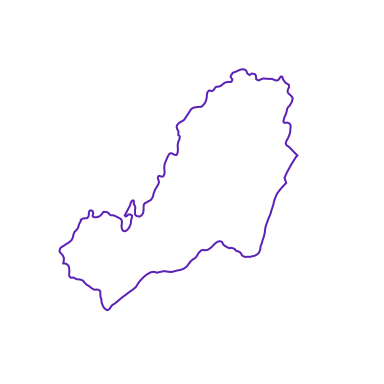 Miory, Vitebsk, Belarus (Robinson projection), rotated 119°
{"feature_id": "67162791B84307245476990", "entity_name": "Miory", "entity_type": "district", "adm_level": 2, "iso_a3": "BLR", "parent_name": "Belarus", "parent_adm1": "Vitebsk", "projection": "robinson", "projection_center": [27.827, 55.577], "detail": "fine", "context": "isolated", "style": "outline", "palette": "violet", "viewbox_px": 384, "rotation_deg": 119, "n_neighbors": 0, "source": "geoboundaries", "source_scale": "gbopen_adm2", "svg_char_len": 5939}
<svg xmlns="http://www.w3.org/2000/svg" viewBox="0 0 384 384"><g transform="rotate(119 192 192)"><path d="M68.0,214.2L69.3,214.2L70.7,214.4L72.2,214.3L72.9,213.5L73.5,212.5L73.7,211.5L74.7,211.0L75.9,211.0L76.6,211.0L77.2,211.9L78.0,213.4L78.5,214.3L79.8,215.7L81.1,216.5L82.1,217.1L84.0,217.8L85.4,218.4L86.9,219.8L87.6,220.9L88.5,222.0L89.4,222.3L91.1,222.4L92.7,222.6L93.8,223.3L94.3,224.0L94.5,224.9L94.7,225.9L95.2,226.4L97.0,226.8L98.8,226.5L100.1,225.9L101.4,225.3L102.9,224.7L105.9,223.9L107.0,223.8L108.8,224.0L111.7,224.6L113.2,225.4L113.9,226.8L115.0,228.3L116.0,229.8L116.8,230.8L117.6,231.5L118.8,232.4L120.7,233.0L122.5,233.1L125.1,233.2L127.1,233.4L128.5,233.5L130.6,233.7L133.1,234.0L134.7,234.8L135.8,235.7L137.0,236.4L138.8,237.1L141.0,237.5L142.2,237.1L143.2,236.5L144.2,235.3L145.0,234.1L145.9,233.0L147.8,232.2L148.9,231.4L148.9,230.4L149.4,229.6L150.6,229.0L152.0,228.6L153.4,228.5L155.3,228.2L156.4,227.8L158.0,227.2L159.4,226.5L160.5,225.5L161.9,224.9L163.2,224.2L164.2,223.7L165.8,223.5L167.1,223.5L167.5,224.0L168.0,225.7L168.0,227.1L168.1,228.9L168.9,229.9L170.1,230.4L173.0,230.4L175.9,230.1L179.1,229.7L180.7,229.5L183.1,228.6L185.3,227.4L186.3,226.7L187.7,225.7L188.7,225.2L190.4,224.7L192.3,224.8L193.0,225.5L193.5,226.6L193.6,228.3L194.4,229.0L195.8,228.9L197.0,228.1L197.9,227.0L199.2,225.8L200.8,225.3L202.2,225.2L205.0,225.3L207.9,225.4L209.9,225.1L212.2,224.8L214.1,224.1L216.4,223.9L218.7,224.1L220.2,224.9L221.3,225.7L222.9,226.4L223.7,227.1L224.5,227.7L225.8,228.0L226.9,227.9L228.9,226.9L230.1,226.2L231.8,225.4L233.6,224.7L235.2,224.6L236.9,224.8L238.9,225.9L239.4,227.2L239.8,229.0L239.7,229.9L239.0,231.3L238.1,231.6L236.8,232.3L235.2,233.2L234.0,233.6L232.6,234.4L231.7,235.4L231.1,236.6L230.5,237.3L229.2,237.9L228.3,238.3L228.0,238.7L227.9,239.6L228.0,239.7L228.9,240.3L230.5,240.4L231.8,240.3L233.0,239.8L235.5,239.6L237.4,239.6L240.1,239.5L241.7,239.5L243.7,239.5L245.0,239.5L245.6,238.4L244.9,237.5L242.6,236.8L241.8,235.6L241.6,234.2L241.8,232.9L243.8,232.1L245.1,231.9L247.3,231.2L248.7,230.4L250.3,230.0L252.2,229.8L254.8,229.8L257.8,230.8L258.9,231.7L259.3,233.3L258.8,234.6L257.4,236.1L255.8,237.2L253.8,238.0L252.3,238.7L251.1,239.5L250.1,241.1L250.1,242.8L250.1,244.5L250.3,248.3L250.7,249.9L251.6,251.6L251.7,253.2L250.9,254.7L250.9,255.8L251.0,257.1L251.7,258.7L252.4,259.8L254.8,260.1L256.6,260.5L258.0,261.1L259.4,262.2L260.7,263.7L261.4,265.2L261.6,266.6L261.0,267.4L258.6,268.0L258.1,268.4L257.0,269.6L256.8,270.7L257.4,272.1L259.0,272.5L260.3,272.1L261.5,271.4L263.3,270.7L265.5,271.0L266.6,272.2L267.1,273.2L267.6,274.0L268.3,274.6L269.5,275.4L270.2,275.8L270.9,275.2L273.6,275.2L275.3,275.1L276.3,274.8L277.9,274.4L280.5,274.4L282.2,274.9L283.8,275.4L286.9,275.0L288.5,274.4L290.4,274.1L292.5,274.0L294.5,274.7L296.2,275.4L298.2,276.6L299.6,277.3L301.0,278.0L302.9,279.1L304.3,279.8L305.6,279.9L307.0,279.6L308.2,278.9L309.0,277.8L309.2,276.7L309.7,275.4L310.1,274.3L311.4,272.5L312.5,271.6L314.7,270.7L316.9,270.0L316.3,268.8L315.9,267.5L315.9,265.8L316.6,264.0L317.9,262.7L320.3,261.1L322.0,260.3L324.4,259.1L325.5,257.9L325.6,256.1L324.6,254.8L324.2,253.6L324.3,250.9L323.7,249.5L322.9,247.7L322.4,245.3L322.6,243.5L323.4,242.2L323.8,240.4L324.2,239.0L324.2,236.3L324.7,233.9L324.9,230.8L324.5,229.5L323.5,228.1L323.0,226.9L322.9,225.0L323.7,223.8L325.3,222.9L327.1,221.9L328.3,220.9L330.0,219.1L332.2,217.7L334.0,215.7L334.9,214.6L335.6,213.4L336.3,211.8L336.5,209.8L336.4,208.7L335.3,207.9L334.9,207.8L334.0,207.4L332.2,207.3L330.9,207.3L329.3,206.8L326.7,205.3L322.2,203.6L318.0,202.0L314.0,200.1L310.0,198.4L307.2,197.0L304.7,195.9L302.2,195.0L299.5,194.9L296.7,194.7L292.9,193.9L290.0,193.1L286.1,191.6L283.7,190.1L281.9,188.9L280.7,187.3L280.0,185.8L279.6,183.5L278.1,182.0L277.0,180.7L275.4,178.9L274.5,177.6L274.0,176.1L272.8,173.0L271.7,170.9L269.6,168.7L268.3,167.4L267.1,166.0L266.3,164.9L264.7,163.4L263.3,162.2L260.8,160.9L259.0,160.3L257.4,160.2L253.4,159.6L250.1,158.4L248.5,157.3L246.7,156.9L244.8,156.7L242.8,156.7L241.2,156.5L238.4,155.5L237.4,154.4L237.0,153.2L236.1,151.5L235.0,150.3L233.0,149.1L231.5,148.5L229.8,147.9L227.1,147.2L225.0,146.5L223.0,145.4L221.6,143.9L221.1,141.9L221.5,140.9L222.5,139.7L222.9,138.8L223.1,137.8L223.2,136.6L223.2,135.1L223.2,134.2L223.2,133.2L223.1,132.1L222.0,131.0L221.5,129.4L221.1,127.2L221.7,126.1L222.0,124.7L221.8,123.5L221.5,122.4L221.5,120.8L222.0,119.3L222.6,118.5L223.1,117.6L223.3,116.7L223.3,115.1L222.9,113.9L221.9,112.3L221.1,110.9L220.5,109.7L219.5,108.7L217.8,106.7L216.5,105.6L214.3,104.5L213.2,104.1L211.1,104.2L209.3,104.4L207.7,105.1L205.7,105.8L203.1,106.1L199.5,107.0L197.7,107.2L194.8,107.9L192.5,108.6L187.1,110.7L184.0,111.3L177.9,112.3L175.0,112.5L172.5,112.9L170.5,113.4L166.9,114.1L163.4,114.8L161.1,115.5L159.5,116.0L158.1,116.2L155.2,116.5L153.0,116.8L150.3,116.6L146.5,116.0L143.7,115.4L138.4,114.0L138.2,114.3L134.7,118.0L127.6,118.5L119.3,118.5L110.7,118.0L109.0,117.5L108.3,119.7L107.6,122.4L106.6,125.3L106.2,127.0L105.6,128.4L105.4,130.5L105.4,131.7L104.3,133.4L103.7,133.7L101.6,134.2L99.6,134.1L96.5,134.3L94.5,134.6L92.6,135.0L90.9,135.7L89.1,136.6L87.2,137.3L85.9,138.1L84.9,139.7L84.9,140.8L85.1,142.2L85.7,143.3L86.5,144.2L86.7,145.3L86.0,146.3L84.5,146.7L82.4,147.3L80.4,147.5L78.1,147.7L76.7,148.0L74.2,148.7L72.8,149.1L71.0,149.1L69.5,148.5L68.0,148.4L66.6,148.4L64.5,148.4L63.0,148.8L61.2,149.3L60.1,151.0L59.6,152.9L59.1,155.0L58.7,156.1L57.5,157.3L56.1,157.7L54.2,157.9L53.2,158.0L52.1,158.6L51.3,159.3L51.2,160.8L51.2,162.7L50.5,164.6L50.0,165.8L48.9,167.5L48.4,168.1L47.5,168.8L47.6,169.9L48.4,170.4L50.3,170.6L51.8,170.7L53.0,171.3L53.7,172.7L54.2,175.3L54.2,176.6L55.3,178.7L56.5,181.0L58.1,184.7L60.3,186.5L62.0,187.7L62.3,189.2L62.2,190.5L60.3,191.8L59.2,192.6L58.5,193.9L58.8,195.6L59.5,197.2L61.8,198.4L61.5,201.0L60.6,202.1L59.6,203.5L59.4,205.1L59.9,207.0L61.5,208.9L63.7,210.7L66.0,212.4L68.0,214.2Z" fill="none" stroke="#5b21b6" stroke-width="2"/></g></svg>